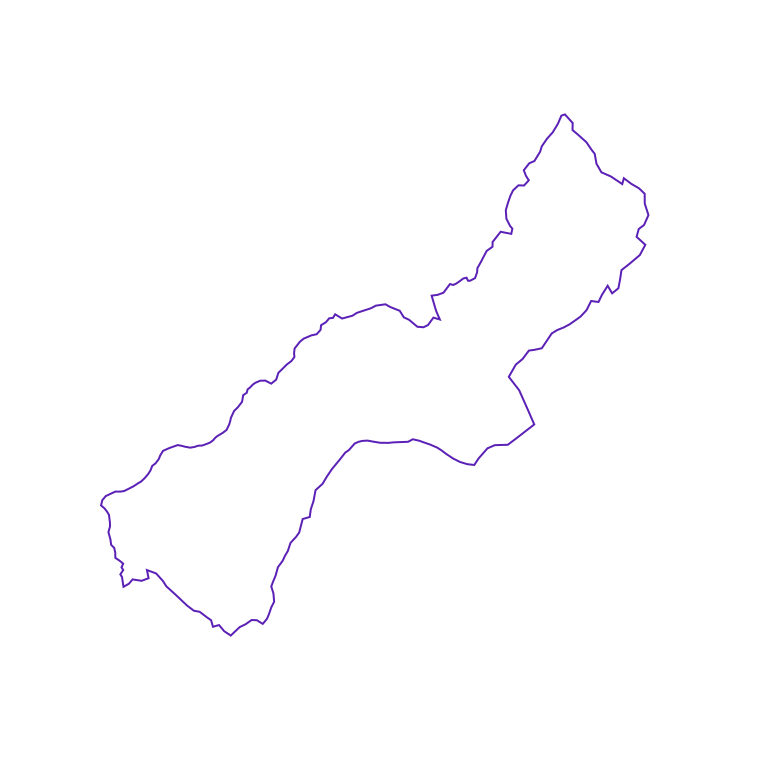 the district of Xerovounos, Nicosia, Cyprus, rotated 40°
{"feature_id": "46923920B79378418277595", "entity_name": "Xerovounos", "entity_type": "district", "adm_level": 2, "iso_a3": "CYP", "parent_name": "Cyprus", "parent_adm1": "Nicosia", "projection": "natural_earth1", "projection_center": [32.72, 35.13], "detail": "fine", "context": "isolated", "style": "outline", "palette": "violet", "viewbox_px": 768, "rotation_deg": 40, "n_neighbors": 0, "source": "geoboundaries", "source_scale": "gbopen_adm2", "svg_char_len": 3382}
<svg xmlns="http://www.w3.org/2000/svg" viewBox="0 0 768 768"><g transform="rotate(40 384 384)"><path d="M494.7,109.4L482.9,108.9L479.5,101.5L481.0,95.0L478.0,84.6L473.2,81.6L467.8,78.2L461.4,70.7L453.6,70.2L444.8,71.7L435.5,72.2L438.0,77.7L424.3,79.2L414.5,82.1L405.2,78.7L397.4,72.2L392.5,71.2L383.7,68.7L371.5,68.3L365.2,68.3L360.8,62.8L349.3,61.2L347.4,64.4L349.9,72.7L351.5,82.8L351.2,91.4L352.1,100.6L354.3,105.7L355.9,116.5L353.4,121.5L353.7,130.4L359.0,133.3L364.0,134.9L363.7,141.9L359.3,145.4L358.4,152.7L359.9,158.7L362.4,165.3L365.6,172.6L371.5,178.7L379.0,181.9L382.5,182.5L385.0,187.2L375.5,192.4L375.9,205.4L378.9,209.1L377.1,216.0L378.5,222.5L379.7,227.8L381.1,235.3L383.5,238.5L385.7,244.4L383.5,249.7L381.9,250.9L378.9,249.5L376.9,252.2L375.9,256.6L374.7,260.9L373.3,263.7L370.3,265.0L370.9,275.8L367.8,281.2L363.7,285.7L371.2,290.7L377.1,294.6L385.3,298.7L379.2,301.4L379.8,310.6L377.8,315.1L372.8,318.7L367.5,318.7L361.9,318.7L356.3,320.2L352.7,319.0L348.9,317.8L344.5,319.3L338.9,321.1L333.9,322.0L327.4,329.2L325.4,334.2L317.4,347.1L316.0,351.9L309.8,360.8L301.8,362.0L302.4,366.2L299.8,368.9L299.8,374.0L298.0,379.4L300.6,383.3L300.4,389.2L297.1,393.4L295.6,396.4L293.3,400.9L292.4,405.7L292.7,414.3L295.3,418.2L298.0,420.9L298.3,426.0L297.1,431.1L295.9,443.3L298.6,449.9L297.4,456.2L290.9,457.7L287.1,461.0L284.7,465.7L283.9,468.7L283.6,472.9L283.0,475.9L284.5,478.9L283.3,483.1L286.7,488.8L287.0,495.9L286.5,501.0L288.4,508.1L290.1,511.4L291.4,514.4L292.9,520.4L291.9,525.0L289.9,530.7L289.3,533.6L289.3,536.8L288.4,540.6L286.8,543.7L284.2,548.1L281.4,550.6L279.3,554.0L276.5,557.3L272.2,559.8L268.6,561.5L265.2,563.4L260.6,571.3L257.7,577.3L258.5,582.6L259.7,586.2L260.0,591.6L259.1,595.8L260.6,600.0L261.2,604.5L261.2,609.9L260.6,614.9L259.4,618.2L257.9,623.3L255.6,628.7L253.8,632.9L251.5,635.6L247.3,639.2L242.9,648.7L242.9,654.1L245.3,658.9L249.7,658.9L253.8,659.8L257.4,661.0L260.3,663.7L263.2,666.4L265.6,669.1L268.2,674.7L274.2,678.8L278.4,682.6L282.7,683.0L286.5,685.9L290.0,689.9L295.1,689.3L299.7,689.3L300.8,693.2L303.8,694.1L304.4,699.3L307.4,700.3L310.8,703.3L314.8,706.8L317.0,700.9L317.0,695.3L324.8,690.6L328.5,684.1L322.0,678.9L331.2,675.6L341.3,677.0L347.3,678.9L360.2,679.4L375.4,680.3L384.1,679.9L389.2,677.0L397.9,676.6L403.4,676.1L409.0,679.9L412.6,674.7L420.5,676.1L428.3,675.2L429.7,663.0L432.4,657.0L434.3,649.9L438.4,646.7L445.3,645.7L445.3,639.2L443.9,634.5L441.2,627.5L439.8,621.4L433.8,615.4L427.8,611.6L426.0,606.5L424.1,600.4L420.5,592.5L420.0,584.5L418.6,579.4L417.7,573.8L414.5,565.8L414.9,557.9L414.5,552.3L408.5,539.7L412.6,533.6L408.5,527.1L405.3,519.1L399.8,509.3L401.1,500.0L399.8,492.0L398.8,482.7L398.7,469.9L398.4,461.6L399.6,457.1L399.8,448.4L401.6,444.8L403.7,441.8L407.8,437.9L411.9,435.6L419.0,431.4L425.5,426.0L429.0,422.4L439.6,412.8L441.6,407.8L447.5,404.8L454.0,402.4L457.8,400.9L465.8,398.5L470.5,397.9L476.4,397.6L484.6,396.7L492.3,394.9L499.3,391.9L505.2,388.0L504.3,380.3L504.6,366.8L508.2,359.6L517.9,351.0L520.5,339.6L525.1,318.4L509.4,310.6L491.6,301.9L475.0,298.3L472.5,284.4L474.1,275.8L473.5,265.3L477.2,261.2L481.9,255.2L480.0,237.4L482.0,231.4L485.4,225.0L487.8,219.0L489.8,211.6L491.2,206.1L491.7,197.2L489.3,187.3L495.6,183.3L493.7,175.9L492.2,165.0L500.5,167.9L502.0,160.0L497.6,152.1L492.7,144.1L494.7,134.7L497.1,120.8L494.7,109.4Z" fill="none" stroke="#5b21b6" stroke-width="2"/></g></svg>